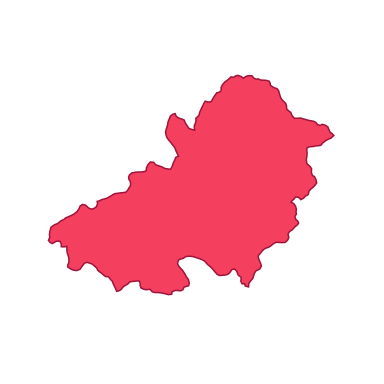 outline of Caldas, Minas Gerais, Brazil, rotated 168°
{"feature_id": "56859067B22702715825504", "entity_name": "Caldas", "entity_type": "district", "adm_level": 2, "iso_a3": "BRA", "parent_name": "Brazil", "parent_adm1": "Minas Gerais", "projection": "mercator", "projection_center": [-46.356, -21.898], "detail": "fine", "context": "isolated", "style": "filled", "palette": "rose", "viewbox_px": 384, "rotation_deg": 168, "n_neighbors": 0, "source": "geoboundaries", "source_scale": "gbopen_adm2", "svg_char_len": 4337}
<svg xmlns="http://www.w3.org/2000/svg" viewBox="0 0 384 384"><g transform="rotate(168 192 192)"><path d="M129.9,296.5L133.3,294.4L135.2,293.6L137.3,292.6L139.9,290.6L141.8,288.2L142.4,285.2L144.6,283.9L147.1,283.9L149.8,281.5L152.2,279.0L154.2,276.5L157.4,276.6L160.1,278.1L161.9,276.3L163.3,274.4L164.8,272.6L166.2,270.7L167.9,268.4L169.2,265.7L171.0,264.4L172.8,263.4L173.3,260.9L174.4,258.5L175.9,256.6L176.4,254.3L176.5,252.0L179.0,253.1L181.8,254.9L183.3,258.6L184.3,261.4L184.6,263.9L186.7,265.5L189.6,267.1L191.6,269.1L192.2,272.2L194.5,272.1L197.3,270.9L199.2,268.0L200.8,265.7L202.0,262.6L203.8,259.4L205.4,256.2L205.5,252.8L205.2,250.4L204.2,248.0L202.9,245.7L201.7,243.1L200.4,240.6L199.5,238.6L199.2,235.9L198.5,232.9L197.8,229.9L200.9,229.1L202.1,227.0L203.5,225.4L204.8,223.5L206.1,221.1L208.3,218.7L210.9,219.6L213.7,220.7L216.1,222.7L218.6,224.3L221.9,226.2L223.3,229.0L226.6,230.0L229.4,227.9L231.5,225.2L232.4,222.3L234.5,221.9L238.0,222.2L240.6,222.8L243.3,223.1L246.9,223.2L249.6,221.7L250.9,219.8L251.1,217.6L250.1,215.0L250.7,211.2L253.1,208.8L254.6,207.0L257.0,205.5L260.8,205.9L265.8,206.3L268.2,206.4L270.1,205.8L272.1,205.0L275.1,204.1L277.6,203.5L280.1,203.4L282.3,203.3L284.2,202.6L286.7,202.6L286.9,199.9L288.9,197.3L291.7,196.2L294.1,196.2L296.7,198.1L298.7,201.2L301.8,202.6L304.4,201.5L306.3,198.8L308.6,196.7L311.8,195.1L314.8,194.2L317.9,193.5L320.9,193.0L323.1,191.7L325.8,191.2L327.7,190.3L330.1,189.0L332.5,188.7L334.5,188.1L337.3,186.8L339.0,183.4L340.3,180.1L340.6,177.1L342.5,174.5L341.3,172.1L339.3,170.6L337.3,171.3L334.6,172.1L331.5,171.3L330.6,168.3L331.3,165.7L328.6,164.9L325.7,164.8L326.4,161.5L326.7,158.2L326.3,155.0L326.3,152.1L327.0,148.7L328.5,146.8L329.1,144.5L326.5,141.8L324.0,140.1L321.0,139.1L317.6,139.7L315.7,141.5L314.0,143.0L312.0,144.7L309.2,145.0L306.8,143.6L304.4,142.1L302.5,139.5L301.0,137.5L300.5,135.1L299.1,133.2L297.5,131.6L295.6,129.0L294.0,127.2L291.3,126.5L289.8,123.1L288.5,121.4L288.2,118.9L287.6,116.4L286.9,113.6L286.4,110.5L283.7,110.6L281.5,111.4L279.7,113.1L277.6,114.2L274.4,115.1L271.4,117.0L267.7,116.8L264.3,116.4L262.3,116.0L261.6,113.5L262.2,111.3L261.7,108.5L259.0,106.7L256.9,105.9L253.4,105.6L251.6,102.6L248.7,101.2L246.1,100.7L243.4,99.8L239.9,98.3L236.5,96.5L233.2,96.2L232.1,98.6L228.7,99.2L225.9,98.4L223.7,97.7L221.2,98.3L219.6,100.6L217.3,100.8L214.8,101.0L213.6,103.3L213.7,107.1L215.1,110.1L215.9,113.1L217.4,117.1L219.0,119.7L220.1,121.7L221.0,124.4L220.3,126.9L218.7,128.6L216.5,128.8L214.1,129.0L212.1,129.9L210.1,130.1L207.9,129.7L205.7,129.1L203.5,128.1L201.3,126.8L198.5,125.2L195.8,123.4L193.9,121.6L191.9,118.0L189.4,114.8L187.7,112.1L186.2,109.2L184.5,106.2L182.2,104.5L178.6,104.1L175.4,103.8L172.8,104.5L171.1,105.9L169.1,107.9L166.3,107.8L164.7,105.2L164.1,101.2L161.6,98.1L162.8,94.7L162.1,91.8L159.6,91.3L159.4,88.9L156.4,87.4L155.5,90.6L153.3,92.7L151.5,94.0L150.1,95.4L149.0,97.6L147.6,99.8L145.4,101.8L141.9,102.4L139.5,105.1L139.7,107.9L140.4,111.3L140.8,114.2L140.1,116.3L138.2,117.5L135.7,119.7L133.3,121.2L130.9,121.8L128.7,122.0L126.5,122.7L123.3,124.4L120.3,125.3L117.7,124.7L114.7,123.8L111.4,123.3L108.4,125.1L106.7,127.5L106.9,130.7L105.2,132.8L101.7,134.2L99.6,135.8L97.9,136.9L96.0,137.8L94.2,139.3L94.5,141.5L96.2,143.7L96.5,146.7L94.5,148.6L94.4,150.9L93.5,153.4L93.7,156.7L94.9,159.5L97.3,161.5L95.6,162.8L93.7,163.9L91.9,165.6L89.0,164.8L87.1,161.9L84.0,162.8L81.7,164.5L78.8,165.3L77.4,168.5L75.2,170.1L72.2,171.7L70.2,173.1L68.1,175.0L68.2,178.5L69.0,181.6L70.8,183.1L71.1,186.3L70.2,190.0L71.4,192.8L73.7,195.8L73.5,199.7L72.2,203.1L71.2,206.6L71.1,208.8L70.4,211.1L68.2,211.8L66.2,211.6L64.1,211.3L61.8,211.4L59.1,211.0L56.3,210.9L53.7,212.9L50.8,214.3L48.0,215.2L44.8,215.8L41.5,217.8L42.9,220.1L44.4,221.5L45.1,224.6L45.6,227.5L48.0,229.8L50.5,231.1L53.0,230.5L55.3,232.0L56.2,234.1L58.2,235.8L60.5,236.8L63.2,237.9L65.4,239.1L68.0,240.4L70.4,241.8L73.5,242.2L76.6,242.8L78.3,246.1L78.8,249.3L80.6,251.3L82.1,253.6L81.7,256.3L81.9,259.2L83.9,262.1L85.3,264.7L85.8,267.1L86.0,269.6L86.2,273.0L87.4,275.5L89.8,276.8L91.5,278.3L93.2,280.2L92.9,282.3L93.5,284.4L96.2,285.8L98.5,286.4L101.7,287.3L103.5,288.8L106.0,289.1L107.9,290.6L109.2,293.2L112.8,294.1L115.5,293.8L117.9,292.6L120.0,294.8L122.9,296.6L125.2,296.5L127.4,295.6L129.9,296.5Z" fill="#f43f5e" stroke="#9f1239" stroke-width="1.5"/></g></svg>